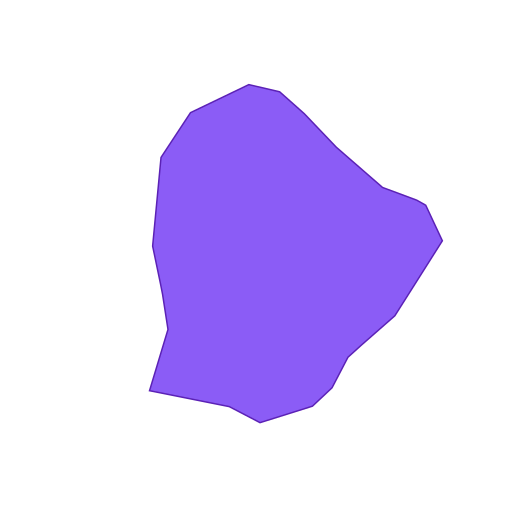 the district of Xalzan, Sühbaatar, Mongolia, rotated 323°
{"feature_id": "93677404B22998636655266", "entity_name": "Xalzan", "entity_type": "district", "adm_level": 2, "iso_a3": "MNG", "parent_name": "Mongolia", "parent_adm1": "Sühbaatar", "projection": "orthographic", "projection_center": [113.029, 46.302], "detail": "fine", "context": "isolated", "style": "filled", "palette": "violet", "viewbox_px": 512, "rotation_deg": 323, "n_neighbors": 0, "source": "geoboundaries", "source_scale": "gbopen_adm2", "svg_char_len": 446}
<svg xmlns="http://www.w3.org/2000/svg" viewBox="0 0 512 512"><g transform="rotate(323 256 256)"><path d="M373.7,139.1L353.4,114.8L290.0,102.1L239.5,120.1L179.4,185.9L163.1,220.5L158.3,230.4L141.5,261.7L89.9,299.5L144.0,360.2L158.9,391.5L210.7,409.9L237.4,407.0L268.5,392.2L286.3,390.6L330.9,387.3L414.0,356.0L422.1,317.6L418.0,308.2L398.3,277.4L385.6,217.5L380.2,171.4L373.7,139.1Z" fill="#8b5cf6" stroke="#5b21b6" stroke-width="1.5"/></g></svg>